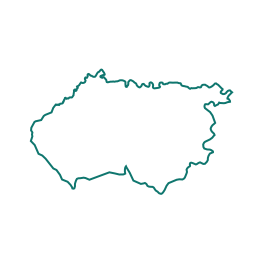 the district of Centurión, Cerro Largo, Uruguay, rotated 296°
{"feature_id": "84410073B80643779971885", "entity_name": "Centurión", "entity_type": "district", "adm_level": 2, "iso_a3": "URY", "parent_name": "Uruguay", "parent_adm1": "Cerro Largo", "projection": "orthographic", "projection_center": [-53.755, -32.187], "detail": "fine", "context": "isolated", "style": "outline", "palette": "teal", "viewbox_px": 256, "rotation_deg": 296, "n_neighbors": 0, "source": "geoboundaries", "source_scale": "gbopen_adm2", "svg_char_len": 5857}
<svg xmlns="http://www.w3.org/2000/svg" viewBox="0 0 256 256"><g transform="rotate(296 128 128)"><path d="M205.7,205.9L205.9,204.8L206.0,204.4L206.4,203.7L206.5,203.4L206.4,202.9L206.2,202.5L205.1,201.5L203.5,200.9L202.2,200.7L200.9,199.8L200.4,199.1L200.1,198.4L200.1,197.9L200.2,196.2L200.3,196.0L200.9,195.6L201.4,195.5L201.9,195.6L203.8,196.2L204.2,196.1L204.5,195.9L204.7,194.7L206.3,190.2L206.4,189.3L206.4,188.7L206.6,187.9L206.7,187.7L206.4,187.1L206.1,186.7L205.5,186.5L203.9,186.0L202.1,185.1L200.8,184.2L200.0,183.2L200.0,182.7L200.3,181.7L200.5,181.0L200.6,179.1L200.7,178.6L200.7,178.3L200.1,177.1L199.7,176.5L199.3,176.0L198.7,175.8L198.0,175.6L196.8,175.7L196.4,175.5L195.9,174.6L195.7,173.7L195.4,173.0L195.0,172.6L194.4,172.3L193.9,171.9L193.5,171.3L193.0,170.5L192.5,169.5L191.9,168.4L191.7,167.6L191.1,167.0L190.6,166.8L190.4,166.2L190.7,164.7L191.1,163.8L191.0,163.1L190.7,162.2L190.3,160.2L190.0,159.5L189.8,158.4L189.8,157.6L190.1,157.0L190.7,156.4L191.2,155.7L191.1,155.2L190.7,154.3L190.5,153.3L190.5,152.6L189.6,150.7L188.4,148.5L187.2,145.6L186.8,145.1L186.2,144.6L185.7,144.4L185.1,144.1L184.8,143.4L184.2,142.6L183.6,142.2L183.1,141.2L182.9,140.6L183.0,140.1L183.8,139.2L183.7,138.5L183.3,137.7L182.9,137.1L182.6,136.9L182.3,136.8L180.9,137.0L180.1,137.3L179.7,137.8L179.1,138.7L178.8,138.7L178.5,138.7L178.2,138.5L177.8,138.1L177.1,137.2L175.3,134.5L175.1,134.0L175.1,133.2L175.5,132.6L176.3,132.2L177.1,132.0L177.9,131.5L178.4,131.0L178.8,130.3L179.0,129.7L179.1,129.0L179.0,128.5L178.7,128.1L177.9,127.7L177.3,127.8L176.9,128.1L176.3,128.4L175.5,128.7L174.6,128.7L173.9,128.2L173.7,127.3L173.6,125.4L173.8,124.6L174.0,123.8L174.4,123.1L174.5,122.8L174.4,122.6L174.2,122.2L173.8,121.8L173.5,121.6L173.1,121.6L172.3,121.6L171.5,121.6L170.9,121.4L170.2,121.1L169.7,120.8L169.5,120.4L169.5,120.1L169.5,119.3L169.8,118.2L170.2,117.3L170.5,116.9L171.0,116.4L171.4,115.9L171.6,115.4L171.7,114.0L172.2,112.4L172.3,111.3L172.3,109.7L172.2,109.4L171.7,108.8L171.4,108.7L169.7,108.2L169.2,108.2L168.3,108.7L167.5,109.0L166.9,109.2L166.2,109.2L165.7,109.0L165.5,108.7L165.0,108.7L164.5,108.9L164.3,108.7L164.2,108.3L164.2,108.0L164.4,107.7L165.9,106.7L166.8,106.2L168.1,105.6L168.4,105.3L168.6,104.8L168.6,103.3L168.5,102.5L168.3,101.8L168.0,101.1L167.6,100.3L167.1,99.6L166.2,98.9L165.3,98.0L164.6,96.7L163.8,95.7L163.5,95.1L163.3,94.2L162.7,93.5L162.0,92.0L160.3,89.9L160.1,89.4L160.0,88.8L160.2,88.5L161.6,87.4L162.0,86.7L163.1,83.9L163.0,83.7L162.5,83.2L161.9,82.9L161.8,82.5L161.7,81.9L161.8,81.0L162.0,80.7L162.3,80.6L162.7,80.6L164.5,82.2L165.4,83.5L165.7,83.6L166.1,83.5L167.2,82.2L167.9,80.9L168.9,79.2L168.8,78.4L168.6,78.2L167.6,77.8L165.9,77.4L165.4,76.9L165.1,76.7L164.1,76.4L163.2,76.3L160.9,76.2L160.0,76.0L159.7,75.9L159.3,75.4L158.9,74.6L158.8,73.4L159.0,72.5L158.7,71.5L159.3,69.6L159.3,69.2L159.2,68.7L158.8,68.4L158.4,68.3L157.7,68.5L157.1,69.0L156.5,69.1L155.5,69.1L155.2,69.1L154.8,68.5L154.7,68.0L154.8,67.7L154.7,67.6L154.1,67.5L153.5,67.6L153.0,67.9L152.4,68.6L152.1,69.0L151.1,69.2L150.4,69.2L149.5,68.7L148.7,67.8L148.4,66.9L148.5,66.3L148.3,65.8L146.6,65.5L145.6,65.4L144.7,65.2L143.6,64.5L143.2,64.3L143.0,64.0L142.7,64.0L142.5,64.3L142.5,65.0L142.2,65.2L141.6,65.2L140.7,65.0L140.5,64.8L140.2,64.6L139.7,64.6L139.6,64.9L139.3,65.2L138.8,65.1L138.5,64.8L138.3,64.5L138.4,64.2L138.9,63.6L139.0,63.6L139.2,63.4L139.1,63.2L138.2,62.9L137.9,63.1L137.5,63.3L137.1,63.5L134.5,64.3L133.5,64.7L131.9,64.4L131.1,64.3L130.7,63.9L130.4,63.3L130.3,62.8L129.9,62.2L129.6,61.9L128.9,61.7L128.4,61.5L128.2,61.0L128.2,60.8L127.9,60.4L127.4,60.1L127.4,59.5L127.6,59.2L127.8,58.7L127.4,58.2L126.9,58.2L126.4,58.4L125.8,58.4L125.3,58.4L125.0,58.2L124.5,58.3L123.8,58.5L123.7,58.3L123.3,58.2L122.9,58.2L122.8,58.4L122.4,58.5L121.6,58.4L121.0,57.9L120.1,56.4L119.4,56.2L118.7,56.1L118.7,55.9L118.8,55.7L118.7,55.3L118.2,55.3L118.0,55.0L118.0,54.8L118.2,54.6L117.4,53.6L117.6,53.3L117.4,52.8L113.3,52.0L108.5,52.4L103.5,47.9L101.9,47.0L97.1,46.5L93.5,42.0L92.4,41.3L85.9,41.0L83.4,41.9L82.1,44.0L80.0,44.6L78.6,45.7L73.7,46.4L71.8,51.6L65.6,58.9L65.7,63.0L64.3,67.4L58.9,78.6L58.9,82.1L56.1,87.4L52.8,91.3L53.2,97.3L51.7,101.3L50.2,103.7L49.3,104.5L49.5,105.5L50.2,106.2L52.3,105.9L54.6,104.8L57.1,104.4L58.7,104.3L59.9,104.4L61.0,105.4L62.0,107.2L63.9,109.9L64.4,111.8L64.6,116.0L80.0,130.7L81.4,136.1L82.4,140.6L84.3,144.3L85.8,145.5L87.5,144.3L89.4,143.4L91.1,142.9L92.3,142.9L92.7,143.0L92.0,143.8L88.5,149.2L83.1,155.9L83.4,164.1L85.1,166.4L86.0,167.3L85.8,169.0L84.5,170.9L84.5,172.5L85.2,174.4L85.9,176.0L85.7,177.4L84.8,178.8L84.0,180.3L83.7,182.6L83.2,183.9L83.0,184.7L83.3,186.6L84.3,187.4L85.9,187.8L88.4,188.1L93.0,188.0L96.2,188.6L102.8,194.4L104.4,196.6L105.6,199.5L106.9,200.4L107.8,200.7L108.6,200.8L112.0,200.6L113.9,200.4L114.8,200.0L115.4,199.5L116.3,198.9L117.5,198.9L118.7,199.2L119.6,199.6L120.7,200.4L121.7,200.1L122.6,199.4L123.8,199.3L124.5,199.9L124.8,201.4L124.9,203.5L125.0,205.0L125.8,205.7L127.5,206.7L128.7,207.8L128.7,209.6L128.7,211.4L129.5,212.8L132.2,213.7L134.1,213.8L136.2,212.9L138.2,212.6L139.9,212.7L140.9,212.8L142.4,214.1L143.4,215.0L144.2,214.6L144.6,212.7L144.5,211.1L143.4,208.5L143.0,205.6L144.0,204.1L146.2,202.8L148.2,202.8L149.4,203.3L153.7,206.7L156.2,208.0L158.5,208.5L159.6,208.9L160.6,207.8L161.6,204.8L162.9,203.1L163.9,202.5L166.0,202.4L167.8,202.8L169.7,203.7L170.8,204.1L176.2,198.5L178.3,194.8L178.9,191.8L179.6,188.5L180.3,187.7L181.1,187.2L182.2,186.9L183.2,187.0L183.4,187.3L183.9,188.3L184.1,189.0L184.5,189.7L185.5,190.1L186.8,190.6L187.7,191.0L188.2,191.5L188.4,192.7L188.3,193.4L187.9,194.3L187.2,194.9L186.1,195.6L185.9,196.5L187.1,197.3L188.7,198.6L190.8,198.8L190.8,199.7L192.3,203.3L193.1,204.5L194.9,206.2L195.7,207.4L196.3,208.2L197.1,207.7L198.1,206.0L198.0,204.5L198.8,204.2L201.1,204.3L205.7,205.9Z" fill="none" stroke="#0f766e" stroke-width="2"/></g></svg>